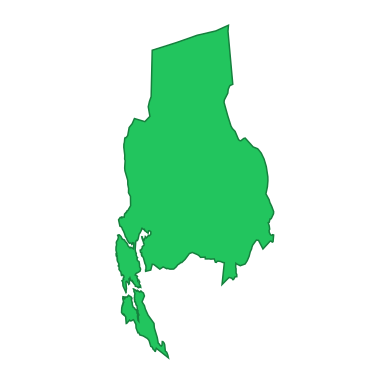 the district of Hemnes nor, Nordland, Norway, rotated 266°
{"feature_id": "86288312B41330497985738", "entity_name": "Hemnes nor", "entity_type": "district", "adm_level": 2, "iso_a3": "NOR", "parent_name": "Norway", "parent_adm1": "Nordland", "projection": "robinson", "projection_center": [13.774, 66.006], "detail": "fine", "context": "isolated", "style": "filled", "palette": "green", "viewbox_px": 384, "rotation_deg": 266, "n_neighbors": 0, "source": "geoboundaries", "source_scale": "gbopen_adm2", "svg_char_len": 6008}
<svg xmlns="http://www.w3.org/2000/svg" viewBox="0 0 384 384"><g transform="rotate(266 192 192)"><path d="M169.4,116.8L163.0,117.7L162.7,118.0L162.4,118.9L161.0,119.7L159.3,120.1L158.6,120.6L155.5,121.7L152.0,122.5L150.7,123.4L148.3,124.1L145.3,125.9L145.2,126.2L145.5,127.2L144.6,128.1L143.9,128.3L144.4,129.0L145.6,129.2L145.5,129.5L145.1,130.4L139.5,129.5L141.1,127.3L141.2,126.9L140.5,126.3L142.7,124.4L144.6,123.9L146.1,123.1L147.2,122.0L148.9,121.3L149.2,120.2L149.9,119.6L149.8,119.2L152.5,118.1L154.1,116.7L153.9,116.5L154.2,116.2L153.8,115.7L154.3,115.4L154.0,114.8L152.2,115.4L149.8,114.7L147.9,113.3L146.5,112.9L145.3,113.1L143.1,112.7L142.7,112.4L139.2,112.1L136.0,112.7L135.5,112.6L135.7,112.0L134.3,111.9L133.8,112.0L134.4,112.4L133.7,112.9L130.4,112.6L130.1,112.6L130.3,112.9L128.2,112.8L125.5,114.0L123.8,113.9L123.6,113.4L124.2,113.4L123.6,113.3L122.9,113.3L123.4,113.4L123.1,113.8L121.8,114.0L119.8,113.8L117.1,115.5L113.7,115.8L113.5,116.2L114.5,116.6L114.1,117.3L112.8,118.2L111.6,118.2L110.8,117.3L109.6,117.7L108.4,115.9L107.0,116.6L103.2,116.6L96.6,119.0L96.9,119.1L96.8,119.3L99.6,119.5L100.2,119.7L98.7,119.5L100.1,119.9L106.9,119.8L107.4,120.2L107.5,120.8L105.2,122.3L104.4,122.4L104.9,123.0L104.2,123.2L108.5,123.2L109.6,122.9L109.9,123.2L109.6,123.6L110.6,124.1L107.9,124.7L107.5,125.3L108.0,125.8L107.9,126.2L106.7,126.4L106.3,126.5L106.3,127.0L105.0,127.3L103.1,128.8L101.9,128.9L101.5,130.6L100.2,131.8L100.3,132.2L100.6,132.2L100.6,133.1L101.1,133.0L100.5,134.2L102.5,134.0L103.6,133.1L105.5,132.9L105.9,133.2L105.9,133.5L106.7,133.3L107.3,132.7L107.9,132.7L108.0,131.9L107.7,131.7L109.2,131.7L110.2,131.1L110.8,131.1L111.5,131.7L112.1,131.3L112.5,130.4L113.2,130.2L113.1,129.6L113.4,129.6L114.3,130.1L115.1,131.2L115.1,131.8L116.7,134.7L118.4,135.3L119.6,135.2L120.8,134.5L123.5,134.6L126.3,134.3L127.3,132.9L128.6,132.5L129.4,132.5L130.3,133.1L130.8,132.6L133.1,131.9L134.8,132.2L135.3,131.7L138.4,131.3L146.2,132.4L147.7,133.3L147.4,134.1L148.5,134.8L153.9,136.4L154.4,137.0L157.1,138.7L159.3,139.4L159.2,140.0L158.0,140.8L158.3,141.7L158.1,142.0L156.7,142.1L156.0,143.2L154.9,144.1L154.7,144.6L154.0,145.3L156.3,146.0L156.4,146.9L155.1,148.2L152.7,147.9L151.3,146.3L151.8,145.4L151.4,145.3L149.5,143.4L150.8,142.3L148.8,141.7L148.5,140.9L147.5,141.0L146.5,140.1L149.8,139.1L150.2,139.1L149.9,139.4L150.6,139.4L150.8,138.9L151.5,138.7L149.5,138.9L144.8,140.2L144.3,140.1L143.6,140.6L142.5,140.4L142.0,140.2L141.1,138.6L139.1,138.3L138.4,137.4L137.9,137.4L137.6,136.2L135.5,136.4L134.7,137.3L134.2,137.3L134.4,137.5L133.2,137.5L133.2,137.2L131.9,137.4L131.6,137.5L131.5,138.1L129.5,139.0L123.7,140.1L122.8,140.6L120.8,140.9L117.7,140.6L117.5,140.2L116.1,140.2L117.0,145.4L122.7,147.3L122.3,148.9L117.3,154.5L119.3,158.0L117.2,161.5L117.5,162.5L116.6,164.5L116.4,168.4L118.4,171.0L120.4,172.7L121.6,175.0L122.5,175.7L122.3,176.8L125.3,180.4L130.8,185.1L131.7,188.1L129.2,193.0L128.2,194.4L126.2,196.0L126.1,200.6L124.3,200.6L124.1,204.4L123.7,206.1L123.7,209.5L120.3,210.4L120.1,211.4L121.1,212.2L121.2,213.5L120.6,215.9L119.5,217.9L119.2,219.3L97.6,215.5L104.2,223.0L103.2,225.7L101.7,226.6L101.8,227.3L104.4,229.1L104.4,230.8L106.7,230.9L108.0,230.3L112.4,230.6L114.0,230.3L117.8,230.8L117.0,231.7L115.1,235.0L116.5,240.0L119.6,242.3L123.9,244.5L128.2,245.9L131.1,247.5L132.4,247.8L134.7,248.8L139.6,252.9L139.1,255.0L130.2,258.8L137.4,266.4L137.6,267.2L136.4,268.6L136.8,269.4L143.1,270.4L143.5,270.4L143.8,269.3L143.1,268.8L143.5,267.8L144.3,267.1L146.2,266.3L148.2,266.2L149.5,266.9L152.7,266.7L156.1,265.9L156.4,266.9L159.6,267.9L159.5,268.6L160.3,269.4L164.6,271.8L166.7,272.1L172.2,270.5L176.2,268.9L178.9,268.4L185.0,265.6L192.0,267.6L197.9,268.5L201.9,268.7L212.1,267.9L219.8,266.2L225.9,263.8L229.6,261.3L230.6,260.5L232.7,256.1L242.1,248.8L241.8,247.3L239.7,244.3L239.9,243.3L241.0,242.1L249.5,239.2L252.5,236.7L255.0,235.5L265.4,233.0L279.2,230.2L281.6,230.7L288.1,234.6L291.9,235.3L294.1,236.4L295.5,237.2L296.6,240.2L349.8,239.1L355.8,240.0L351.0,226.9L348.0,208.1L342.1,186.7L336.2,162.2L290.0,157.9L285.4,155.9L280.1,154.3L270.4,155.3L265.5,149.9L269.3,139.7L264.3,137.1L260.7,133.8L252.8,131.8L250.8,130.1L250.9,129.1L249.9,128.6L246.2,128.0L244.5,127.4L241.3,127.1L233.3,127.5L229.6,127.1L227.9,127.5L220.6,126.5L217.8,126.6L208.1,128.7L203.8,128.5L199.9,129.0L195.7,128.6L191.9,130.3L182.6,129.8L178.0,126.7L177.8,125.9L176.3,125.2L176.5,125.0L174.7,123.2L171.6,122.6L172.0,120.2L171.1,120.1L171.7,118.7L169.4,116.8ZM91.6,137.3L94.6,136.5L96.3,134.5L96.6,134.5L96.7,134.1L96.1,133.3L96.4,133.3L96.0,132.7L96.5,131.8L97.1,131.5L97.1,130.7L97.6,130.5L97.0,129.9L97.9,128.9L98.2,128.9L98.5,127.6L99.4,127.2L99.4,126.8L98.1,127.3L97.0,127.1L94.6,128.0L92.4,127.4L91.1,127.5L90.9,127.1L88.7,127.1L88.7,127.4L86.5,127.1L86.4,127.9L83.2,128.3L83.0,128.7L82.1,129.2L78.3,129.3L77.2,129.9L76.7,129.6L75.6,129.7L73.0,130.5L71.8,129.7L70.3,129.7L66.8,129.8L67.9,129.1L71.6,128.9L74.2,129.3L74.9,128.7L77.1,128.7L78.7,127.7L78.9,127.1L80.2,126.6L81.2,125.3L83.5,124.7L85.9,124.6L88.8,124.0L89.8,124.2L89.6,124.5L90.2,124.7L91.2,124.2L91.3,123.8L91.8,123.7L92.6,122.5L92.5,122.2L93.4,121.6L92.1,120.1L91.8,120.1L91.9,118.3L91.4,118.2L91.6,117.7L92.0,117.6L92.0,117.1L89.4,117.4L92.3,116.3L92.4,115.8L90.4,115.5L86.9,116.1L86.9,115.8L85.6,115.6L85.7,115.3L83.7,114.9L83.2,114.6L83.4,114.4L81.2,113.8L76.8,113.3L75.4,114.0L75.4,114.6L75.1,114.6L75.2,114.8L74.1,115.3L74.4,115.9L73.3,116.1L72.4,117.1L65.4,117.2L65.5,117.7L68.6,120.8L67.7,121.4L67.8,122.9L68.6,124.1L68.7,124.7L68.4,124.9L63.8,126.8L60.3,126.7L55.4,128.2L55.6,128.6L54.5,129.5L53.1,129.9L51.8,133.3L49.0,137.3L46.9,138.8L40.9,140.1L40.0,141.5L37.7,142.3L36.8,143.4L35.7,143.9L35.6,144.3L35.9,144.5L38.6,145.5L28.2,156.9L30.9,156.5L33.9,155.6L35.2,154.3L41.5,154.1L43.1,153.7L44.8,152.5L44.9,151.9L41.3,151.4L40.4,150.6L41.2,149.5L42.5,148.9L43.5,147.8L49.2,147.2L58.9,145.0L63.6,144.9L72.2,139.6L78.5,137.3L82.0,136.6L85.9,134.5L91.6,137.3Z" fill="#22c55e" stroke="#15803d" stroke-width="1.5"/></g></svg>